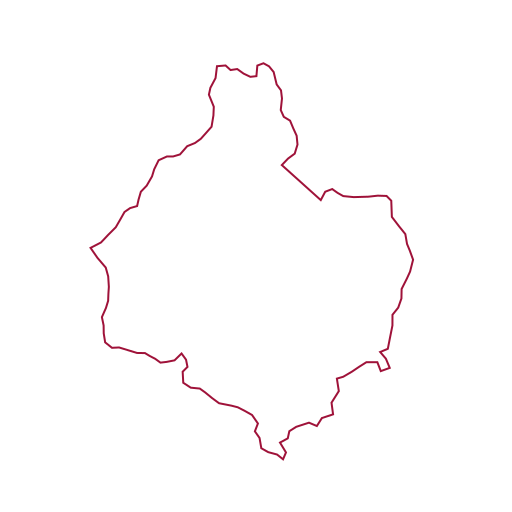 the district of Charqueada, São Paulo, Brazil, rotated 17°
{"feature_id": "56859067B6350231232684", "entity_name": "Charqueada", "entity_type": "district", "adm_level": 2, "iso_a3": "BRA", "parent_name": "Brazil", "parent_adm1": "São Paulo", "projection": "robinson", "projection_center": [-47.747, -22.525], "detail": "fine", "context": "isolated", "style": "outline", "palette": "rose", "viewbox_px": 512, "rotation_deg": 17, "n_neighbors": 0, "source": "geoboundaries", "source_scale": "gbopen_adm2", "svg_char_len": 1805}
<svg xmlns="http://www.w3.org/2000/svg" viewBox="0 0 512 512"><g transform="rotate(17 256 256)"><path d="M408.0,294.7L406.8,282.6L403.7,272.3L407.1,263.8L407.5,254.1L404.9,245.0L406.9,233.4L407.9,225.9L407.3,213.6L401.6,206.0L396.9,200.3L392.4,191.4L384.0,185.7L374.5,178.9L369.2,163.6L363.3,160.4L354.8,162.7L346.2,166.4L338.5,169.0L332.3,171.1L321.9,173.2L315.6,171.8L309.3,169.7L303.4,174.3L301.6,183.6L254.1,161.5L258.2,153.4L263.1,146.8L263.1,137.3L259.7,129.1L254.3,123.0L249.0,116.6L241.9,114.8L237.0,109.2L234.8,97.8L231.5,90.3L225.6,85.9L219.1,74.9L213.0,70.8L206.8,69.5L201.6,73.5L203.8,83.9L198.2,86.3L190.8,85.2L183.4,82.7L177.3,85.6L171.2,82.7L163.2,85.9L165.3,97.7L163.2,108.5L163.8,115.5L172.0,125.6L174.2,134.1L175.7,145.4L169.0,160.0L164.6,165.8L158.1,171.1L153.6,181.1L147.7,185.0L141.8,186.8L134.9,192.9L133.3,202.8L133.3,210.3L130.9,220.7L127.1,228.2L127.2,236.4L127.7,243.0L121.6,247.0L117.4,252.3L115.5,260.9L113.5,269.5L108.4,279.1L103.8,288.4L95.4,296.6L104.9,304.1L115.7,311.0L120.6,318.7L124.3,328.5L125.9,335.3L127.7,342.1L127.7,349.6L126.5,359.5L130.6,367.0L133.0,374.5L137.0,382.7L145.1,385.9L151.8,383.5L170.6,383.5L178.2,381.3L183.7,382.7L189.7,383.8L195.8,385.9L201.5,383.4L208.6,379.6L213.3,371.0L219.4,375.6L222.9,382.1L219.7,388.1L223.5,398.5L232.1,401.0L241.0,399.2L247.2,401.3L255.5,404.7L263.7,407.6L276.3,406.3L282.8,406.0L290.5,407.4L298.7,409.2L306.8,415.6L306.2,424.0L312.6,429.0L317.3,438.3L325.0,440.0L334.2,439.7L341.3,442.5L342.1,435.1L333.5,427.4L339.7,421.1L339.1,413.8L344.4,407.6L355.4,399.9L363.9,400.8L366.4,391.7L376.0,384.9L371.1,374.2L374.7,361.0L369.2,349.6L374.7,346.0L381.6,338.5L387.1,331.7L392.6,325.3L403.1,322.1L409.0,329.6L416.6,323.9L410.2,316.2L402.8,311.5L409.2,306.2L408.0,294.7Z" fill="none" stroke="#9f1239" stroke-width="2"/></g></svg>